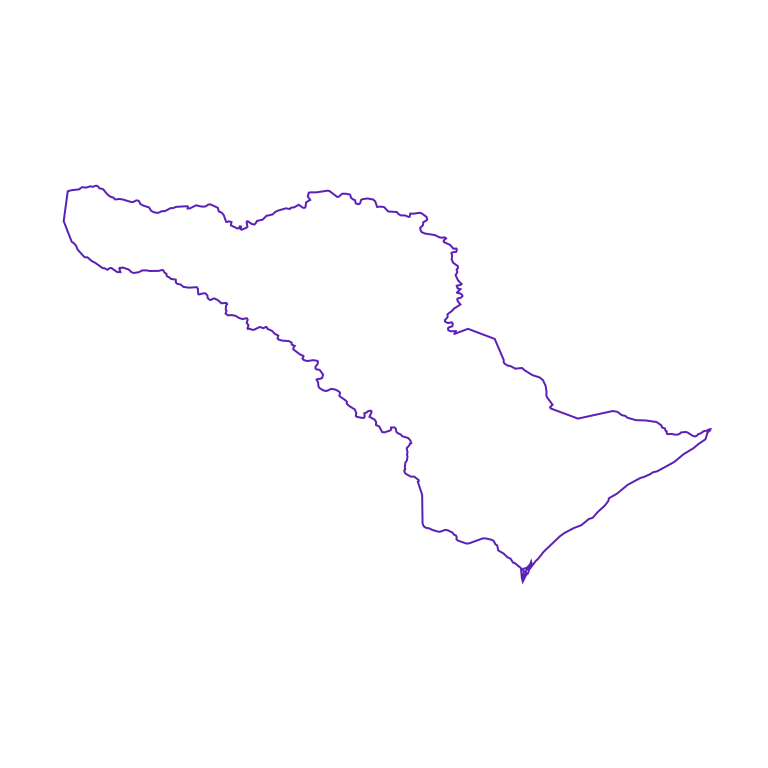 Guararé, Los Santos, Panama (Equal Earth projection), rotated 93°
{"feature_id": "35544464B687818134367", "entity_name": "Guararé", "entity_type": "district", "adm_level": 2, "iso_a3": "PAN", "parent_name": "Panama", "parent_adm1": "Los Santos", "projection": "equal_earth", "projection_center": [-80.366, 7.776], "detail": "fine", "context": "isolated", "style": "outline", "palette": "violet", "viewbox_px": 768, "rotation_deg": 93, "n_neighbors": 0, "source": "geoboundaries", "source_scale": "gbopen_adm2", "svg_char_len": 6139}
<svg xmlns="http://www.w3.org/2000/svg" viewBox="0 0 768 768"><g transform="rotate(93 384 384)"><path d="M574.1,235.1L571.9,234.1L569.9,235.1L567.2,235.2L564.2,234.3L562.7,235.4L561.3,235.4L560.1,231.7L556.3,228.6L553.7,227.8L555.7,227.2L563.2,232.6L564.3,232.8L565.3,232.1L569.4,234.3L570.9,233.7L567.7,232.4L565.3,230.1L562.2,229.6L552.4,222.9L550.6,221.0L543.2,215.8L526.9,200.4L523.3,195.9L518.0,187.1L514.7,179.6L508.1,172.4L506.7,168.6L500.7,163.9L493.8,157.1L488.8,153.7L486.4,153.5L481.3,145.6L472.0,135.5L464.5,123.2L462.9,118.8L459.7,112.8L458.3,111.3L456.8,106.5L446.7,90.1L438.3,81.0L431.7,71.3L427.4,66.8L422.4,60.1L415.6,58.4L413.5,56.2L412.1,55.6L412.3,57.0L413.8,59.5L414.3,62.1L416.8,65.3L417.5,67.3L419.4,69.1L420.1,70.6L419.5,73.2L416.6,78.2L416.1,80.3L416.9,85.0L418.4,86.2L419.2,88.4L419.4,91.1L418.8,93.6L419.2,98.3L418.5,99.1L416.5,99.2L415.9,100.4L413.7,101.1L412.9,104.0L410.8,104.8L407.7,109.9L406.7,120.6L406.9,130.6L404.9,139.3L403.3,141.2L402.6,145.1L399.6,149.4L399.0,154.1L408.4,188.5L399.7,216.2L398.5,216.9L395.9,214.6L388.9,220.4L386.9,221.3L383.2,221.3L377.4,222.5L371.8,225.5L369.3,228.9L367.4,236.2L363.1,244.0L360.8,247.1L361.8,253.6L359.4,258.8L359.3,261.1L357.4,264.6L355.9,265.6L353.7,265.7L333.2,275.8L324.5,303.0L330.6,317.0L329.6,315.8L327.4,315.1L327.9,320.2L327.0,322.6L325.0,323.0L324.0,322.1L322.8,318.8L320.2,318.4L318.8,319.6L319.7,323.0L319.4,324.6L318.3,326.4L316.8,326.4L314.1,324.0L311.0,324.2L307.6,320.1L305.0,318.0L300.6,311.8L297.5,314.7L295.3,315.3L294.6,314.5L293.8,311.7L292.1,310.2L290.7,310.8L289.5,312.9L289.3,315.5L288.8,315.9L285.3,312.6L284.6,315.5L282.1,316.5L280.8,312.3L280.1,311.7L276.8,315.4L271.6,318.2L268.3,316.6L265.9,317.5L264.5,316.2L262.4,316.5L259.3,321.3L256.1,322.9L252.1,322.7L249.8,323.6L249.0,322.6L248.2,318.8L245.7,318.3L244.9,318.9L245.3,321.7L241.7,325.2L239.1,331.6L238.4,332.0L237.2,331.6L235.4,329.6L234.7,330.3L234.4,331.8L234.9,333.7L234.7,336.1L232.6,341.1L231.6,350.9L230.4,354.3L228.2,355.7L225.9,355.9L223.6,353.5L220.4,353.2L218.2,349.8L217.0,349.5L214.9,350.3L211.5,355.5L211.2,357.5L212.4,363.6L212.4,366.7L215.4,367.0L215.9,368.0L214.6,371.7L214.7,376.2L213.4,378.6L211.6,380.2L211.5,388.8L207.4,393.1L207.0,395.9L207.5,400.2L202.1,402.3L200.3,404.6L199.6,410.2L200.6,415.3L201.4,416.5L204.7,417.3L205.7,418.5L205.7,420.0L205.1,421.6L201.8,422.7L201.3,424.6L199.9,426.5L196.6,427.9L196.0,431.6L196.2,435.8L199.4,439.0L199.6,440.6L194.1,448.6L193.9,450.6L196.1,461.2L196.4,467.1L196.9,469.2L200.8,469.9L204.0,467.3L206.7,471.3L211.4,471.7L212.2,472.3L212.3,474.0L209.5,478.5L212.3,483.0L212.8,486.1L214.2,487.2L213.7,491.2L216.5,499.2L218.1,501.9L220.5,504.1L222.3,510.3L226.1,513.6L227.8,519.4L230.5,520.7L231.6,521.9L231.0,524.7L228.6,528.5L228.8,529.4L229.4,529.7L234.2,528.6L235.1,529.5L237.4,534.2L236.9,535.2L234.2,535.0L234.1,536.2L236.1,537.2L236.3,538.6L233.6,545.2L230.2,544.8L229.7,547.7L230.5,549.0L230.4,550.1L223.5,553.0L221.4,555.1L220.3,558.0L216.7,559.2L213.7,566.8L214.0,568.8L215.8,571.2L216.3,572.7L216.3,576.1L215.4,581.0L218.9,587.3L219.0,589.3L217.1,589.1L216.8,590.4L218.0,601.1L219.4,603.7L219.5,606.3L222.7,611.6L223.2,615.3L224.6,617.7L225.0,619.6L224.4,623.2L223.2,625.6L220.0,627.8L218.3,634.2L216.8,636.9L214.6,637.9L213.7,639.2L213.6,641.0L215.3,643.8L215.6,645.6L213.4,654.5L213.1,658.0L213.8,662.1L212.0,664.0L211.3,667.0L209.2,670.1L204.2,674.7L203.3,678.6L201.7,679.9L201.1,681.3L201.2,682.7L202.4,684.9L201.9,687.6L203.4,691.5L203.3,695.9L205.6,698.8L206.8,706.1L208.1,709.9L238.1,712.4L258.3,703.3L259.8,700.9L261.9,698.8L265.7,697.1L272.7,690.1L273.2,688.5L273.0,686.8L276.4,682.4L278.0,678.9L283.1,670.8L283.0,669.3L284.4,666.2L282.7,664.1L282.4,662.5L286.2,656.2L286.0,653.1L282.3,654.4L281.8,653.8L281.9,652.2L281.3,651.2L283.1,644.9L285.7,641.8L286.2,639.5L285.2,634.8L283.2,631.3L283.0,627.2L283.4,623.4L282.8,614.7L281.8,611.7L281.9,610.5L284.2,609.0L285.4,607.0L286.9,606.9L288.1,605.8L288.9,603.8L290.2,602.2L290.7,597.4L293.6,597.1L294.7,596.0L295.3,592.4L297.6,589.2L298.0,583.6L297.1,576.1L298.7,574.8L303.5,574.3L304.3,573.7L302.9,569.1L302.8,567.3L304.7,565.0L307.3,564.6L309.0,562.6L309.1,561.2L307.7,559.2L307.5,557.8L308.8,554.5L311.9,550.6L311.3,545.7L312.4,544.8L314.1,545.9L318.2,545.9L319.1,545.1L322.0,545.9L323.6,543.4L323.2,539.8L323.6,535.9L325.7,532.1L326.3,529.9L326.5,528.2L325.5,525.0L325.7,524.2L326.9,523.5L330.0,524.3L332.5,522.4L335.4,523.2L336.2,522.8L335.8,520.9L336.7,519.0L336.7,516.8L333.5,510.9L334.6,507.3L333.2,505.0L333.2,504.3L335.1,503.1L336.8,498.6L339.6,495.7L341.2,492.1L343.9,492.7L345.1,491.7L346.0,487.9L346.1,481.3L347.5,478.4L349.5,478.2L350.6,475.1L352.5,476.4L354.2,476.4L359.0,469.2L360.1,466.0L360.9,465.8L362.7,466.8L364.1,465.7L365.1,462.2L363.9,455.7L364.4,451.6L366.0,451.0L367.7,451.5L370.2,453.3L372.2,453.2L372.9,452.3L373.2,449.0L377.9,445.3L381.2,446.1L382.0,447.6L382.7,451.0L383.2,451.6L385.6,450.0L389.9,449.3L391.4,448.2L393.3,444.8L394.0,442.4L393.8,440.5L391.6,436.5L392.1,432.1L394.1,428.2L395.3,427.4L397.8,428.0L398.6,427.6L402.7,421.0L403.7,420.1L405.5,420.2L407.8,417.6L410.9,411.9L414.7,410.1L417.3,410.5L418.2,409.5L419.0,404.1L418.9,402.3L417.4,401.6L414.2,402.1L413.4,399.9L412.0,398.5L411.4,396.3L411.6,395.3L412.9,395.0L417.5,396.8L420.0,391.6L422.5,389.8L425.3,389.9L426.8,386.5L432.1,383.3L432.3,381.2L430.1,375.3L429.2,374.5L427.1,374.7L426.8,371.3L428.0,369.9L430.9,369.2L432.2,368.1L433.5,364.7L435.2,363.0L436.7,357.0L438.9,354.8L441.7,353.7L442.2,355.0L444.0,355.5L446.9,358.0L451.3,356.9L453.1,357.4L455.4,356.7L459.2,357.2L461.4,358.5L466.1,358.9L468.1,358.3L469.2,359.3L471.4,358.6L472.8,357.1L475.1,352.3L474.9,349.0L478.1,344.4L479.1,344.2L479.8,345.1L492.7,340.1L521.3,338.2L524.1,336.8L525.4,334.6L525.8,331.2L527.2,328.1L528.7,321.8L528.5,320.0L526.4,315.1L526.7,312.9L528.8,307.8L530.8,306.3L531.5,304.2L533.1,303.4L535.3,303.5L536.5,302.0L539.0,293.5L538.7,290.7L533.0,277.3L532.9,274.2L533.8,269.0L534.8,266.4L538.4,264.2L539.3,262.5L544.2,261.2L547.1,255.6L550.6,251.6L551.8,248.5L555.6,245.8L556.0,244.0L560.7,237.6L570.5,236.2L574.1,235.1Z" fill="none" stroke="#5b21b6" stroke-width="2"/></g></svg>